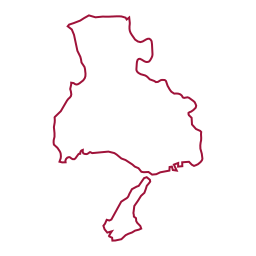 an SVG outline of Hyōgo
{"feature_id": "JPN-1849", "entity_name": "Hyōgo", "entity_type": "Prefecture", "adm_level": 1, "iso_a3": "JPN", "parent_name": "Japan", "parent_adm1": "", "projection": "orthographic", "projection_center": [134.835, 34.932], "detail": "fine", "context": "isolated", "style": "outline", "palette": "rose", "viewbox_px": 256, "rotation_deg": 0, "n_neighbors": 0, "source": "natural_earth", "source_scale": "10m", "svg_char_len": 3150}
<svg xmlns="http://www.w3.org/2000/svg" viewBox="0 0 256 256"><path d="M67.7,26.3L69.1,24.6L73.7,23.1L80.2,20.6L84.1,18.1L88.9,15.4L95.5,17.3L102.6,16.6L108.0,16.7L117.3,16.3L121.2,16.4L123.1,16.9L125.6,17.7L126.7,19.5L129.2,17.5L129.8,23.0L129.7,24.7L129.5,26.2L129.5,28.8L129.8,30.8L130.5,32.7L131.8,34.9L135.1,39.6L137.9,41.5L140.4,42.1L142.6,41.5L146.4,39.3L147.7,38.8L149.1,38.7L150.5,39.5L151.6,41.2L152.0,44.3L152.5,54.3L152.3,55.9L151.7,57.5L150.9,59.0L150.1,60.3L149.2,61.4L148.0,61.9L146.6,62.0L145.6,61.8L144.4,61.3L141.6,59.6L139.9,58.8L138.6,59.0L137.6,59.9L137.0,61.7L136.8,63.3L136.4,69.2L136.5,70.3L137.1,71.6L138.4,72.9L140.7,74.2L145.0,75.4L146.5,76.2L148.0,77.5L149.7,79.3L154.3,81.0L155.9,82.1L157.9,81.9L160.7,80.2L162.0,79.9L164.5,80.0L165.2,80.3L166.0,81.1L167.6,85.8L169.7,89.5L171.3,91.7L174.2,93.6L176.6,93.5L178.5,93.7L180.4,94.4L181.8,95.6L182.8,97.4L184.1,97.9L187.5,97.3L189.0,97.8L193.4,101.0L194.7,102.2L195.6,104.1L196.2,105.7L195.7,107.7L193.4,110.0L191.1,111.6L189.5,112.2L188.5,112.9L188.5,114.1L188.9,115.2L191.6,117.8L192.0,124.5L196.0,129.0L200.2,130.9L201.2,132.0L201.0,134.2L201.2,137.9L201.1,140.3L200.6,142.7L200.3,145.4L200.4,148.7L201.8,153.8L202.4,158.6L202.2,159.6L202.0,160.1L201.7,160.6L200.5,162.1L198.0,164.2L196.1,165.1L194.0,165.9L191.8,164.7L189.0,161.8L186.1,162.0L182.2,162.3L182.3,166.2L178.1,166.6L178.2,163.0L173.9,164.6L176.7,170.6L172.8,170.0L171.9,166.6L169.6,167.0L169.4,170.6L160.3,172.3L156.3,174.2L152.1,174.6L148.5,172.0L143.8,172.2L141.4,171.8L138.5,168.2L134.8,166.6L132.4,164.5L125.5,160.0L121.4,158.5L116.7,154.6L114.4,153.1L108.4,151.6L92.3,153.1L91.4,152.8L90.7,152.3L90.0,152.1L89.2,152.6L88.6,153.1L87.8,153.6L87.0,154.0L86.3,154.1L84.6,153.9L83.4,153.4L82.7,152.1L82.8,149.9L82.0,150.2L81.2,150.7L80.6,151.5L80.3,152.5L80.2,153.8L79.8,153.9L79.2,153.7L78.5,154.1L75.3,158.5L74.2,159.2L72.5,159.1L71.2,158.3L70.1,157.4L69.1,157.1L67.4,157.6L66.1,158.9L65.4,160.6L65.6,162.3L62.2,162.4L59.5,161.7L60.7,158.2L60.9,156.4L60.7,153.8L60.3,152.4L59.7,151.2L57.5,147.9L53.9,144.6L53.6,142.4L53.7,140.1L54.5,136.8L54.5,133.1L53.9,127.1L54.7,122.4L54.8,120.2L54.7,118.4L54.6,117.4L54.8,117.0L60.8,111.2L67.0,100.6L68.4,98.8L69.9,97.5L70.9,96.1L71.3,94.4L70.9,91.5L70.2,89.0L71.2,84.5L71.2,82.7L73.7,83.1L74.6,83.9L76.2,84.5L77.7,84.3L79.5,83.3L83.2,80.4L84.7,78.3L85.4,76.2L85.5,73.6L85.2,71.0L85.1,69.8L84.9,68.6L84.5,67.0L81.5,62.5L81.0,59.3L80.3,56.7L77.4,50.8L74.0,34.8L71.8,29.5L68.1,26.6L67.7,26.3ZM146.7,177.2L149.9,179.8L150.2,181.6L148.7,183.6L146.8,185.8L145.8,189.0L144.4,192.8L141.0,195.9L138.0,200.7L134.3,206.0L133.6,211.7L133.4,213.0L133.8,214.8L133.9,216.6L136.0,218.2L136.2,221.0L137.2,222.8L140.3,226.0L141.2,228.6L138.7,229.7L135.1,230.6L132.0,232.5L128.4,233.8L125.6,235.2L121.4,239.2L115.3,240.5L112.4,240.6L112.1,237.7L109.4,236.5L109.0,236.0L110.5,233.2L111.8,231.3L107.3,232.6L104.6,229.3L103.4,225.8L105.0,223.7L106.7,219.8L109.4,220.5L111.4,219.5L121.2,201.7L124.4,199.6L126.7,198.2L127.7,197.3L128.4,196.2L129.5,193.6L130.3,192.2L131.9,189.2L136.7,186.6L138.7,185.9L141.8,181.4L144.1,178.1L146.7,177.2Z" fill="none" stroke="#9f1239" stroke-width="2"/></svg>